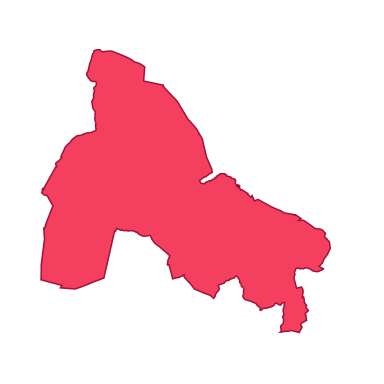 the district of Jiquilpan, Michoacán, Mexico, rotated 192°
{"feature_id": "50627088B31285404529678", "entity_name": "Jiquilpan", "entity_type": "district", "adm_level": 2, "iso_a3": "MEX", "parent_name": "Mexico", "parent_adm1": "Michoacán", "projection": "robinson", "projection_center": [-102.775, 19.967], "detail": "fine", "context": "isolated", "style": "filled", "palette": "rose", "viewbox_px": 384, "rotation_deg": 192, "n_neighbors": 0, "source": "geoboundaries", "source_scale": "gbopen_adm2", "svg_char_len": 5847}
<svg xmlns="http://www.w3.org/2000/svg" viewBox="0 0 384 384"><g transform="rotate(192 192 192)"><path d="M242.1,290.5L262.4,290.5L264.2,304.5L269.7,306.7L273.4,307.2L274.8,307.2L276.6,307.8L278.2,308.7L283.5,310.2L291.2,311.7L295.7,312.4L298.1,312.9L300.3,313.1L303.3,312.4L309.1,310.4L311.1,311.6L311.7,312.1L315.0,311.2L316.1,310.5L317.3,309.6L316.9,308.0L317.9,306.5L318.1,304.0L318.0,301.2L318.8,295.2L318.7,292.8L318.9,288.3L318.9,288.0L319.5,287.2L319.6,285.8L319.5,284.9L318.8,284.0L317.4,282.5L315.8,281.1L314.5,279.9L311.9,279.4L309.5,280.1L308.2,279.2L308.0,275.9L309.4,274.1L309.7,273.1L308.5,270.9L308.5,269.2L308.4,268.3L308.7,267.2L308.3,266.0L308.4,265.4L307.6,264.3L308.8,259.7L308.7,259.7L307.1,255.0L306.2,253.1L303.5,250.6L303.1,249.9L303.1,248.0L302.5,246.3L302.6,244.8L302.0,242.6L300.2,238.8L300.2,237.0L298.6,232.5L302.4,229.6L305.0,228.5L307.3,227.8L309.7,226.3L311.3,225.1L312.8,224.2L314.4,223.8L317.0,222.5L317.7,221.2L319.3,219.6L320.2,218.3L320.4,217.6L320.7,217.2L321.8,214.8L323.1,213.3L325.2,209.8L325.5,208.7L327.6,199.2L326.5,198.7L329.4,193.8L329.7,193.9L330.9,192.4L331.3,191.5L330.8,190.3L329.9,188.9L329.8,188.7L329.5,188.5L329.5,188.4L329.9,188.3L330.2,188.3L330.6,187.9L337.7,164.8L338.0,164.9L338.4,164.6L339.0,163.7L337.6,163.4L337.8,163.0L338.5,162.9L338.9,160.0L338.5,159.8L336.0,158.4L332.8,158.3L330.7,155.8L325.0,149.2L325.5,147.6L328.5,128.8L328.0,128.3L328.3,128.0L328.8,125.6L329.5,125.7L326.5,115.6L324.3,89.0L323.9,87.7L321.4,74.7L299.7,73.6L300.8,70.9L286.4,72.8L285.6,73.3L285.4,73.2L283.2,74.7L282.6,74.9L273.9,80.6L272.2,81.9L264.5,86.8L260.6,89.4L260.3,89.4L260.3,94.5L260.2,96.7L259.6,137.5L258.7,137.5L258.2,140.6L253.2,139.7L252.9,139.9L252.8,140.3L252.1,140.2L249.9,140.0L249.5,140.2L249.2,140.4L248.7,140.6L248.1,141.0L247.3,140.5L246.1,140.6L245.6,141.0L245.1,141.0L244.4,141.3L244.0,141.3L243.7,141.4L242.2,141.8L241.0,141.7L240.3,141.5L239.9,141.6L238.8,141.3L238.7,141.1L238.4,141.1L238.0,141.1L237.7,141.3L237.4,141.3L236.7,140.5L235.2,139.8L233.5,139.2L232.3,138.9L231.0,138.7L229.9,138.8L227.8,139.3L224.4,140.8L223.8,140.6L223.4,140.3L221.5,137.6L219.4,135.6L218.2,134.6L216.8,133.7L215.5,133.0L214.0,132.4L211.9,131.5L210.8,130.8L200.5,125.1L201.3,120.4L201.0,115.8L200.8,115.6L200.6,115.5L199.2,116.0L199.0,115.3L195.1,107.7L192.8,103.0L191.2,104.0L188.8,105.1L186.9,105.7L183.7,108.2L182.5,109.2L182.6,108.1L181.4,106.7L176.1,103.0L175.7,103.0L175.2,102.4L174.4,101.9L173.5,101.1L171.8,99.7L169.5,97.6L162.3,96.3L161.1,95.9L156.9,95.3L153.9,94.9L152.3,94.5L148.7,92.4L147.7,94.8L147.5,97.6L145.1,102.2L145.5,103.7L145.8,104.4L146.7,105.3L146.6,105.9L146.1,106.9L141.6,109.5L141.2,110.8L139.7,112.6L137.5,113.1L137.1,114.2L132.5,117.0L132.2,118.3L131.0,118.9L130.4,118.9L130.1,118.5L129.4,118.0L126.8,115.3L126.9,114.3L126.7,113.6L126.4,113.2L126.0,112.9L125.2,112.9L124.3,110.5L123.9,109.8L122.8,109.6L121.4,108.4L120.9,107.6L121.1,105.9L120.4,103.2L120.7,101.2L120.4,100.1L120.0,99.5L119.3,99.1L118.2,98.0L117.3,97.8L115.9,97.7L115.2,97.5L114.5,97.6L113.9,97.5L113.2,97.4L112.1,97.5L110.4,97.0L106.8,96.4L105.7,95.7L105.0,94.8L104.5,94.8L102.7,93.5L101.0,93.2L100.9,91.8L101.1,90.8L99.9,90.5L98.6,92.4L98.2,92.9L94.9,93.9L93.2,94.8L90.3,96.4L89.2,97.2L88.3,98.2L87.5,100.1L87.1,100.5L86.7,100.7L86.0,100.6L85.6,100.6L84.4,100.1L82.6,99.7L82.0,99.7L81.6,100.1L81.4,100.8L80.9,101.7L80.0,102.8L78.4,102.9L78.4,100.6L78.2,100.4L78.1,100.1L78.1,99.5L78.4,96.4L78.2,95.0L78.0,94.2L77.1,92.0L76.8,91.7L76.6,91.0L76.5,90.5L76.8,90.0L77.6,89.3L76.1,86.4L75.8,86.1L75.6,82.8L75.5,82.0L76.0,81.6L77.2,79.8L77.4,79.0L77.3,78.6L77.0,78.1L76.5,76.4L76.1,75.6L75.8,75.1L75.8,74.3L76.6,73.3L75.7,73.5L72.4,74.9L69.4,75.8L68.3,76.2L67.7,76.3L66.4,77.1L66.0,77.2L60.8,77.0L57.9,76.9L58.0,77.1L56.2,82.4L58.3,85.3L58.4,85.7L53.2,90.3L53.6,91.0L54.5,93.4L54.5,93.8L54.6,94.3L54.8,95.0L55.3,95.6L55.9,96.1L55.4,97.7L54.4,98.8L53.4,100.2L55.2,101.4L55.6,102.2L56.2,102.6L56.5,103.0L56.7,103.4L56.7,104.3L56.4,104.6L56.3,104.9L58.7,106.8L59.3,108.1L60.5,111.6L61.0,112.5L62.0,111.7L62.2,113.0L62.5,115.5L62.5,116.7L62.7,118.0L63.2,119.4L64.0,120.7L65.0,121.5L65.4,121.8L69.7,119.6L74.7,129.7L74.1,133.1L74.6,133.6L75.1,134.6L74.9,135.8L74.7,136.3L74.5,138.0L74.2,139.0L73.6,139.4L70.9,139.6L70.7,139.6L70.4,139.3L69.8,139.3L69.4,139.6L68.7,140.2L68.0,140.2L67.8,140.1L67.0,140.0L65.7,141.0L65.7,141.4L63.8,141.7L60.1,141.2L57.9,140.1L56.6,139.9L55.0,139.9L52.9,140.1L51.8,140.5L50.0,142.0L48.5,142.9L48.0,143.3L47.4,144.2L52.2,145.6L49.7,149.6L49.0,153.6L46.6,159.0L45.0,165.3L46.8,170.8L47.5,172.0L48.4,172.5L49.9,173.7L50.6,174.5L52.0,174.8L53.0,175.9L53.1,176.7L53.1,177.9L52.9,178.3L52.7,179.3L54.5,180.3L55.7,181.5L58.1,182.3L59.0,182.3L59.9,182.4L60.4,182.1L63.4,181.9L65.6,182.6L69.8,184.6L76.8,187.4L78.1,187.3L81.8,186.4L79.8,188.7L85.9,191.2L86.6,191.1L87.0,190.3L88.1,190.9L88.1,191.1L98.1,190.7L99.1,191.5L111.7,194.1L125.4,198.3L125.6,198.5L127.4,197.5L128.0,197.0L129.0,196.1L132.5,201.0L133.3,199.1L137.2,201.4L136.9,202.0L143.7,204.6L144.7,204.0L144.7,204.6L145.0,204.7L146.2,205.5L146.8,208.2L148.7,208.5L148.0,206.3L149.3,206.8L151.5,209.8L151.8,212.7L152.6,213.4L153.9,213.5L154.6,213.8L156.0,213.7L156.7,214.1L157.3,214.8L158.2,214.7L159.8,215.0L160.5,214.5L160.9,214.6L161.9,215.9L162.3,215.7L163.0,215.8L163.4,216.6L163.8,216.7L164.6,216.3L166.0,216.5L167.5,215.7L168.5,215.5L168.8,214.5L169.9,214.0L170.3,213.1L171.4,212.5L171.5,211.0L172.7,210.6L173.0,209.1L174.4,208.7L175.5,207.4L175.6,207.0L175.8,207.1L176.4,206.6L177.1,206.8L180.3,204.6L181.4,202.7L183.5,202.5L185.2,202.5L187.1,204.8L182.6,209.7L181.7,209.7L179.0,213.0L176.3,215.3L177.0,217.0L177.3,218.3L185.2,229.4L193.0,246.1L196.0,249.5L197.2,250.0L196.9,250.4L200.7,254.7L207.5,259.9L211.2,262.5L225.3,277.7L239.9,287.7L242.2,289.7L242.1,290.5Z" fill="#f43f5e" stroke="#9f1239" stroke-width="1.5"/></g></svg>